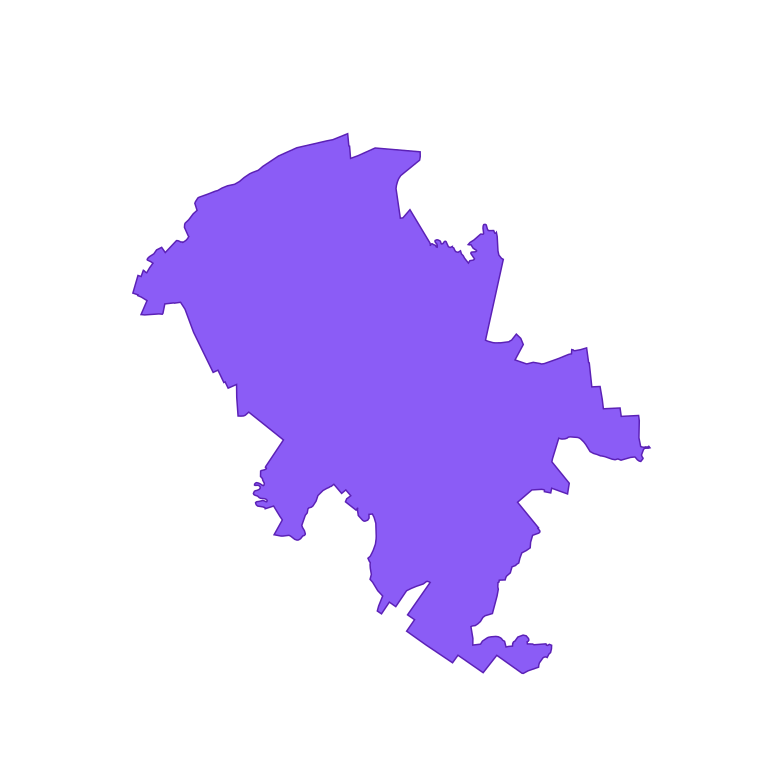 outline of Craidorolt, Satu Mare, Romania, rotated 114°
{"feature_id": "2599482B64350665311002", "entity_name": "Craidorolt", "entity_type": "district", "adm_level": 2, "iso_a3": "ROU", "parent_name": "Romania", "parent_adm1": "Satu Mare", "projection": "mercator", "projection_center": [22.703, 47.59], "detail": "fine", "context": "isolated", "style": "filled", "palette": "violet", "viewbox_px": 768, "rotation_deg": 114, "n_neighbors": 0, "source": "geoboundaries", "source_scale": "gbopen_adm2", "svg_char_len": 6171}
<svg xmlns="http://www.w3.org/2000/svg" viewBox="0 0 768 768"><g transform="rotate(114 384 384)"><path d="M529.1,460.6L527.7,457.7L527.7,457.0L528.2,455.5L529.3,454.8L530.8,455.0L532.7,456.6L533.9,458.2L534.8,458.8L537.1,458.8L537.9,458.0L538.1,456.7L537.8,453.9L538.6,451.6L538.6,450.1L537.4,446.7L537.2,445.3L537.5,444.0L538.1,443.2L539.3,443.3L539.6,444.5L539.5,445.8L539.7,447.3L542.0,450.3L543.3,452.4L544.5,453.1L545.5,452.5L546.4,451.4L546.9,449.8L545.6,444.9L545.4,443.0L545.5,442.4L546.3,441.8L540.4,435.2L547.3,425.2L549.5,421.6L566.4,423.1L564.8,416.3L564.1,414.6L560.9,409.3L560.9,407.7L562.2,402.4L562.0,400.1L561.5,399.0L560.6,398.2L559.3,397.3L555.9,396.4L554.6,395.1L553.6,394.8L552.8,395.0L550.4,397.0L548.2,400.1L546.6,401.6L535.9,402.5L533.0,401.7L529.0,402.7L527.8,402.3L526.0,400.2L524.3,399.3L518.6,398.4L512.8,399.0L506.1,396.4L502.6,393.8L500.9,392.2L499.7,391.5L499.0,390.6L496.0,389.0L501.2,378.2L496.3,375.8L499.6,368.9L504.1,371.4L507.3,371.3L510.6,358.2L507.7,357.6L509.5,357.2L514.6,354.0L517.2,348.1L517.4,346.4L516.9,345.4L515.0,343.5L512.6,343.1L509.2,344.7L507.5,341.7L509.9,338.8L514.6,334.8L526.2,329.2L528.7,328.2L533.8,326.7L540.4,326.2L543.6,326.3L547.0,326.5L549.7,327.8L552.1,325.1L552.7,323.9L554.8,323.2L558.0,321.5L563.1,318.1L568.1,317.3L569.7,313.8L575.4,305.6L578.2,299.0L589.0,298.6L594.1,297.8L595.0,292.8L581.1,290.4L582.6,282.7L563.7,279.3L559.6,275.9L555.7,272.2L550.7,266.8L547.4,265.0L546.7,264.3L546.4,262.2L546.5,261.1L585.3,268.6L586.9,260.2L600.6,262.8L605.3,239.5L610.8,208.0L601.7,206.1L607.4,176.0L586.0,170.6L592.1,140.3L591.7,139.0L587.4,135.7L579.8,127.6L577.8,128.3L575.6,128.6L569.6,127.4L568.6,126.8L567.7,125.6L567.4,124.5L567.5,123.7L563.7,123.5L561.6,122.6L557.8,123.3L554.5,124.6L554.6,127.1L556.3,128.2L556.5,129.4L555.7,129.8L555.6,130.5L561.2,140.9L561.1,142.5L563.1,147.3L561.3,148.4L560.2,147.6L559.0,147.5L557.7,148.5L556.2,151.7L556.8,154.8L560.7,158.8L565.5,159.8L566.9,160.8L568.0,160.7L568.4,161.0L571.2,160.0L572.9,163.2L574.6,165.6L570.0,169.2L569.8,171.3L568.8,173.1L568.5,174.2L568.4,176.7L569.1,179.1L571.3,183.2L572.8,185.4L573.7,186.3L578.8,189.5L582.4,190.0L586.4,196.7L580.3,199.3L570.3,205.9L569.0,204.8L567.6,202.4L564.9,200.7L561.7,199.3L557.0,198.7L554.6,197.4L549.6,191.6L531.6,194.5L525.0,196.1L523.1,197.5L519.0,199.1L518.2,198.4L516.3,198.9L513.7,193.6L511.5,194.0L509.6,193.9L505.2,191.8L499.0,192.7L496.2,189.9L495.0,189.6L492.7,188.1L487.8,189.0L482.2,189.4L478.2,186.2L474.2,183.8L468.9,185.7L461.8,186.7L457.2,181.9L455.7,181.4L454.7,182.0L453.3,184.7L452.6,184.3L437.7,213.9L420.6,205.8L416.1,197.1L415.6,195.2L415.7,194.2L417.1,193.7L415.7,187.4L411.0,188.4L409.8,171.6L399.3,174.4L386.8,199.0L383.6,199.7L362.4,202.3L362.3,200.6L361.9,199.0L360.5,196.4L359.0,194.7L357.6,194.0L356.6,192.5L354.1,185.5L353.9,183.9L354.1,182.2L355.6,178.1L357.2,175.1L361.9,168.2L362.2,164.3L361.7,160.6L361.6,157.1L361.1,155.5L360.5,152.5L359.9,145.0L359.2,142.1L357.3,139.8L357.2,136.5L350.8,128.9L348.8,125.5L348.7,124.7L350.2,121.7L350.6,119.5L350.3,117.9L346.8,117.0L346.3,117.3L345.5,118.6L344.2,119.9L338.2,120.3L336.6,119.6L335.1,116.4L334.1,115.1L333.2,116.8L334.7,117.8L334.9,119.2L336.1,120.8L336.6,122.7L336.7,124.1L329.5,129.2L313.6,135.9L309.2,138.6L317.1,154.1L309.9,158.6L317.4,173.5L309.2,178.4L298.4,185.6L302.1,193.0L281.2,205.1L281.2,205.8L268.6,213.6L272.7,218.4L275.9,223.1L276.3,224.1L275.9,225.0L276.2,226.5L280.2,225.0L281.8,227.3L291.0,236.2L300.2,245.9L301.7,248.3L301.8,249.7L303.5,256.5L307.5,261.6L307.7,262.3L308.7,274.1L291.3,272.8L286.7,277.6L284.6,283.4L292.1,285.3L293.5,286.5L294.6,287.0L299.1,294.5L301.3,299.4L301.9,301.3L302.7,306.7L302.7,309.1L221.6,325.7L221.4,327.8L219.5,331.5L216.1,334.0L203.2,340.6L199.8,343.0L200.9,343.2L201.1,344.2L199.2,346.2L201.2,350.5L201.3,351.2L200.5,352.5L197.1,355.3L197.0,356.6L197.8,357.7L199.3,357.7L201.5,356.9L205.8,354.3L206.5,354.2L207.1,354.8L207.6,356.5L208.0,356.8L215.8,360.4L219.7,363.0L222.4,363.8L222.2,362.7L221.4,361.2L223.7,357.8L223.9,356.0L224.1,356.0L224.2,354.3L224.7,353.5L225.2,353.6L226.2,354.5L227.7,357.4L228.4,358.0L229.5,357.7L232.9,352.2L233.6,352.3L234.7,353.1L236.4,355.7L239.2,356.1L236.3,361.6L234.6,363.8L233.6,366.2L231.2,368.3L233.6,369.9L233.9,372.1L233.3,373.4L231.3,375.7L231.1,377.5L230.7,377.6L232.4,379.1L232.4,381.0L228.7,385.2L228.6,385.8L228.8,386.3L229.4,386.8L231.8,387.3L232.6,388.4L232.6,388.8L230.8,390.4L230.5,391.0L230.4,393.1L230.7,394.3L232.0,395.6L232.7,395.6L233.7,394.7L234.7,392.6L236.1,391.5L237.4,391.1L237.5,392.0L236.4,393.4L236.5,395.5L236.3,396.9L236.5,397.4L237.2,398.0L239.0,397.9L237.6,398.4L236.4,399.5L214.2,431.2L224.5,434.3L225.9,436.5L200.6,452.5L197.5,453.4L193.5,454.0L190.5,454.1L186.8,453.5L165.0,442.5L161.5,443.4L157.2,445.4L172.0,488.1L186.1,500.7L191.5,506.3L180.7,512.2L180.8,512.9L180.4,513.2L170.1,519.0L181.6,530.1L185.1,535.1L203.7,559.8L218.6,573.1L234.5,583.2L239.9,585.8L244.4,590.3L246.6,592.2L252.2,595.7L257.8,598.4L262.3,601.7L266.6,607.6L270.9,611.7L274.9,614.6L276.5,616.6L282.2,622.2L288.6,628.9L289.7,629.7L294.1,630.4L295.9,630.3L301.4,625.4L306.1,627.5L313.4,629.2L318.0,631.1L319.3,631.0L322.1,630.0L328.2,623.2L328.7,622.3L331.1,622.6L333.3,623.3L336.3,625.2L336.6,625.7L336.3,626.2L337.0,627.5L336.8,628.7L336.9,630.6L337.4,631.9L352.9,637.3L349.6,642.7L354.0,646.3L358.7,647.2L363.1,650.1L365.4,651.0L366.6,651.0L367.0,650.6L367.1,646.9L367.6,644.2L373.2,645.4L378.9,646.0L378.9,647.1L378.1,649.2L378.0,650.1L384.6,649.6L384.9,652.9L403.1,650.4L402.6,645.0L403.4,644.9L403.3,641.2L404.2,634.4L419.4,634.2L418.2,630.7L411.5,618.1L410.4,614.9L409.3,614.7L400.0,616.8L395.5,609.2L395.4,608.4L392.1,603.1L396.6,596.2L414.3,578.9L442.9,544.8L438.9,541.3L447.8,530.9L446.7,530.0L451.2,524.7L444.4,518.5L456.1,513.1L472.6,504.3L471.5,501.6L470.4,499.5L469.8,498.8L468.9,498.0L464.7,496.1L476.0,453.1L507.4,458.5L508.3,458.5L508.7,457.2L509.2,457.0L510.9,458.2L513.0,460.9L513.7,461.3L518.7,459.2L519.9,456.5L521.1,455.8L523.3,453.0L525.0,452.5L525.9,452.9L526.0,453.8L525.5,456.9L525.6,458.8L526.0,460.4L526.8,461.1L528.1,461.5L529.0,461.2L529.1,460.6Z" fill="#8b5cf6" stroke="#5b21b6" stroke-width="1.5"/></g></svg>